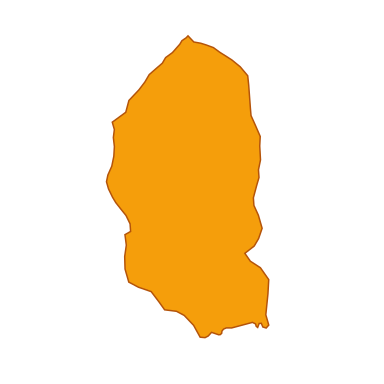 Myonggan, Hamgyŏng-bukto, North Korea, rotated 74°
{"feature_id": "82179303B68633969029735", "entity_name": "Myonggan", "entity_type": "district", "adm_level": 2, "iso_a3": "PRK", "parent_name": "North Korea", "parent_adm1": "Hamgyŏng-bukto", "projection": "natural_earth1", "projection_center": [129.442, 41.157], "detail": "fine", "context": "isolated", "style": "filled", "palette": "amber", "viewbox_px": 384, "rotation_deg": 74, "n_neighbors": 0, "source": "geoboundaries", "source_scale": "gbopen_adm2", "svg_char_len": 1265}
<svg xmlns="http://www.w3.org/2000/svg" viewBox="0 0 384 384"><g transform="rotate(74 192 192)"><path d="M102.9,249.4L106.0,249.4L110.5,249.4L118.0,252.6L127.0,254.1L136.1,257.3L145.1,262.0L152.5,268.2L158.6,271.4L166.1,271.4L175.2,269.8L181.2,268.2L188.8,265.1L196.4,261.9L205.5,260.3L213.0,261.9L214.5,268.2L225.0,269.8L235.5,274.5L247.6,277.6L261.2,277.6L268.8,269.7L276.5,258.7L288.6,254.0L297.7,250.8L302.4,239.8L308.5,233.5L320.6,227.2L333.8,224.2L335.6,219.6L334.9,216.1L332.3,211.9L336.6,205.7L336.9,204.1L336.0,202.4L334.0,201.6L332.5,199.5L332.1,196.4L333.2,192.7L333.6,191.4L334.0,169.8L336.3,167.3L338.8,167.3L340.3,166.2L336.9,163.7L337.3,161.6L341.3,161.1L343.2,158.2L341.1,154.9L330.4,154.9L310.9,147.1L297.4,142.4L283.7,147.1L274.6,155.0L265.5,158.1L261.1,147.1L255.1,140.8L246.2,134.6L232.6,134.6L222.0,136.2L214.5,134.6L204.0,128.3L196.5,123.6L189.0,122.0L180.0,117.3L166.4,114.2L157.4,111.1L145.3,112.7L134.8,114.2L127.2,112.7L104.7,108.0L95.6,106.4L85.0,111.1L75.9,117.4L65.2,126.9L59.1,131.6L54.5,137.9L51.4,142.6L48.3,148.9L40.8,152.8L42.2,155.2L43.7,159.9L46.6,163.0L52.6,172.4L55.5,180.3L60.0,185.0L62.9,191.3L67.3,200.7L73.3,207.0L79.2,214.9L86.6,227.4L97.1,233.7L102.9,249.4Z" fill="#f59e0b" stroke="#b45309" stroke-width="1.5"/></g></svg>